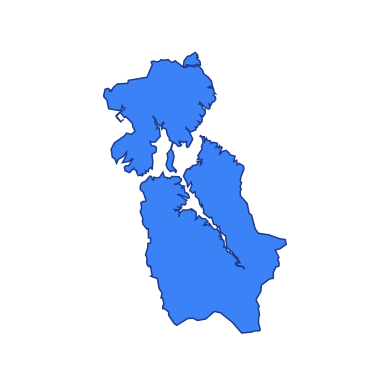 the district of Upper Harbour Local Board Area, New Zealand, rotated 118°
{"feature_id": "76426892B55565569034738", "entity_name": "Upper Harbour Local Board Area", "entity_type": "district", "adm_level": 2, "iso_a3": "NZL", "parent_name": "New Zealand", "parent_adm1": "", "projection": "albers", "projection_center": [174.657, -36.763], "detail": "fine", "context": "isolated", "style": "filled", "palette": "blue", "viewbox_px": 384, "rotation_deg": 118, "n_neighbors": 0, "source": "geoboundaries", "source_scale": "gbopen_adm2", "svg_char_len": 6085}
<svg xmlns="http://www.w3.org/2000/svg" viewBox="0 0 384 384"><g transform="rotate(118 192 192)"><path d="M145.7,169.5L140.3,170.7L141.3,176.5L140.2,177.3L139.2,181.5L142.0,184.3L144.0,184.7L146.3,185.6L138.5,186.3L138.5,188.7L139.9,188.9L138.6,189.5L140.4,190.0L141.5,191.9L138.5,191.5L137.1,192.7L138.4,197.1L140.0,197.9L138.2,200.1L139.2,202.6L137.8,204.6L141.1,204.5L137.4,207.0L138.4,208.8L138.3,211.1L139.0,211.1L139.1,208.8L142.3,205.7L147.8,204.9L148.8,203.3L157.2,203.9L157.9,202.3L160.8,202.4L158.6,198.1L160.6,198.3L161.6,196.8L163.8,197.3L161.6,198.0L161.0,199.3L162.9,201.6L163.2,200.3L165.8,200.6L168.6,204.1L169.7,203.7L171.3,205.0L172.4,204.1L173.4,206.6L175.1,207.5L182.0,207.0L186.4,200.4L189.5,198.3L183.7,197.2L186.1,195.3L191.7,194.7L192.6,190.8L190.2,189.4L194.2,186.9L195.0,182.8L199.2,179.3L200.6,176.9L198.1,177.8L198.5,176.7L202.6,173.1L205.2,172.1L206.7,164.1L204.9,163.0L210.3,157.8L209.7,155.3L211.2,152.7L209.5,152.0L214.0,147.8L215.0,141.8L224.8,135.0L226.0,128.5L228.7,123.1L228.6,121.4L232.2,116.5L233.6,119.6L235.2,119.0L235.3,115.5L234.3,114.3L234.1,111.0L235.1,109.7L235.4,109.9L234.5,110.9L234.4,113.7L235.8,115.8L235.9,118.8L234.7,120.1L232.0,118.8L230.6,119.8L227.9,127.5L228.1,129.4L226.9,130.7L228.4,132.1L224.6,137.1L225.5,138.4L223.7,138.5L219.7,141.4L220.2,144.7L218.6,143.9L217.8,145.3L218.9,147.8L216.9,145.6L212.7,152.3L214.7,154.6L212.9,159.5L213.5,161.0L212.0,160.7L211.7,161.8L213.9,164.1L215.2,163.5L214.4,164.4L216.8,166.6L214.9,165.5L213.6,166.1L210.7,163.7L209.4,167.8L210.7,170.7L209.7,174.8L213.1,175.1L214.4,175.5L214.6,175.7L214.9,176.0L212.2,176.4L207.8,179.0L207.4,182.2L208.8,183.9L207.2,183.2L207.0,184.4L210.4,187.8L211.9,191.4L216.6,192.9L220.3,192.0L215.1,193.9L215.2,197.0L216.3,197.5L215.8,199.3L213.8,195.0L211.8,193.8L210.5,194.0L211.6,195.0L212.0,196.3L211.8,196.9L211.4,195.1L208.0,195.4L206.7,192.1L205.3,191.8L203.1,193.4L201.7,192.8L201.6,197.5L200.3,200.1L201.1,201.9L200.9,204.1L199.9,200.3L199.6,193.0L198.4,191.6L196.2,193.6L195.3,195.9L195.7,198.0L191.9,201.0L193.0,202.6L190.5,201.6L191.5,204.6L190.7,205.9L191.1,208.0L193.8,211.2L189.3,207.3L186.9,206.7L185.4,207.5L185.6,209.2L184.6,210.6L187.8,217.1L190.3,217.5L190.1,218.8L191.6,219.8L190.9,220.6L191.8,223.4L188.2,226.9L194.0,227.5L195.5,228.7L197.0,232.8L199.2,231.4L199.9,232.1L197.4,235.2L197.8,236.7L204.2,238.1L207.4,240.6L211.2,240.5L214.2,238.7L215.1,234.8L220.9,228.8L222.6,229.1L223.3,230.8L225.5,232.1L229.6,229.1L233.7,228.5L238.8,222.5L240.5,222.5L243.5,220.1L245.9,214.5L244.8,213.4L253.0,208.9L251.9,207.1L256.6,204.7L258.1,206.8L262.2,204.9L269.4,203.5L271.0,201.0L275.9,198.7L277.8,196.7L276.9,195.8L278.2,194.8L277.1,193.7L284.2,188.2L285.7,188.9L284.6,182.0L292.6,175.8L295.3,171.0L300.1,169.6L299.2,168.3L304.5,164.0L306.3,164.3L308.8,163.0L307.9,161.9L308.8,156.4L311.9,154.6L316.6,145.8L316.8,142.8L305.6,136.3L302.9,131.6L302.9,126.9L297.7,120.3L287.0,116.2L285.2,110.1L288.1,95.1L293.2,81.9L287.5,73.4L284.7,70.9L283.4,67.8L281.6,67.0L276.5,71.7L271.3,74.4L269.1,74.5L263.4,79.0L261.3,79.0L257.5,84.4L255.9,85.0L247.6,84.5L241.6,87.0L232.5,82.8L230.0,79.7L224.8,82.5L218.9,82.7L216.7,80.5L214.0,81.6L210.9,84.8L209.0,84.5L204.1,91.4L200.9,87.7L194.0,84.2L190.2,87.3L192.1,92.6L193.8,104.2L197.3,114.1L194.8,119.0L184.5,128.5L184.0,131.5L176.2,137.9L172.6,147.6L168.4,149.8L166.3,149.8L165.2,151.8L160.4,152.7L159.8,154.4L156.0,155.9L147.7,156.8L144.9,158.6L144.6,163.7L146.7,164.8L143.0,167.4L145.7,169.5ZM142.1,317.0L148.4,315.2L149.6,314.1L150.8,310.2L157.6,304.7L154.1,294.1L151.0,292.8L147.9,294.8L149.7,293.1L149.6,291.2L148.6,291.1L150.9,290.6L154.9,292.9L160.1,294.9L161.1,294.2L161.8,292.8L163.2,288.8L163.7,287.0L160.6,294.4L155.3,292.8L158.0,286.6L156.8,286.0L156.9,284.4L159.4,276.8L162.0,275.1L165.1,270.8L169.6,272.7L170.7,277.4L174.4,278.1L185.0,283.6L192.2,283.5L198.7,278.7L198.9,275.6L202.1,272.1L197.7,272.4L192.9,269.3L187.7,268.4L191.0,267.2L198.8,267.2L194.5,261.9L190.9,260.7L190.6,259.7L198.9,260.3L199.5,262.4L201.9,263.4L204.6,261.1L204.2,256.2L198.1,254.6L199.3,253.5L199.1,250.7L200.2,250.6L202.8,247.2L200.9,244.9L201.9,244.3L200.2,244.5L201.0,242.7L199.4,244.2L196.8,241.4L195.0,243.2L194.7,240.3L191.3,240.9L189.3,239.5L190.4,239.1L190.4,237.9L183.8,240.7L177.6,245.0L173.6,242.6L169.8,244.1L168.9,245.5L169.9,249.9L167.0,252.9L167.1,251.2L165.0,247.8L157.8,246.2L151.2,250.7L150.7,251.9L152.5,253.0L150.2,253.1L148.9,256.6L144.9,259.3L143.4,262.7L144.4,259.4L148.3,254.3L147.9,252.6L148.9,251.5L147.3,250.2L144.3,250.4L143.9,249.4L149.1,249.4L150.7,248.2L148.9,247.7L148.7,244.2L153.5,240.1L154.7,237.5L156.9,236.3L156.9,232.5L164.7,230.9L169.9,232.0L173.3,229.2L180.1,227.7L182.7,224.8L184.1,220.6L181.4,218.3L182.3,215.5L180.5,215.8L178.4,221.9L169.2,224.4L165.1,228.2L164.2,230.4L157.0,232.1L157.0,227.8L158.1,226.6L157.6,224.4L155.5,223.2L154.8,225.6L152.5,227.7L154.0,225.2L151.9,224.9L152.5,222.8L150.0,220.7L154.5,218.2L154.7,216.8L152.8,216.1L144.9,216.2L139.3,223.8L138.9,227.2L137.9,227.4L139.8,221.5L135.5,217.9L134.0,218.1L133.1,219.5L132.2,217.7L130.1,218.1L127.9,216.6L126.8,219.5L126.4,216.9L125.4,216.1L121.9,217.8L120.2,220.7L120.2,217.6L116.7,217.2L113.2,218.9L113.5,221.1L110.3,225.3L111.1,226.9L109.1,227.2L111.3,219.5L110.9,216.1L109.4,215.5L106.4,218.1L106.8,216.1L102.7,216.2L101.8,214.9L99.1,214.6L97.2,215.9L96.3,218.7L94.3,218.6L94.2,217.6L93.1,219.8L90.4,221.8L92.2,226.8L90.4,225.9L90.9,225.4L89.4,223.2L84.9,227.0L82.9,231.8L82.2,237.0L79.8,239.6L78.1,243.4L77.7,246.1L80.4,248.5L80.8,251.4L82.8,254.9L85.6,256.6L85.7,258.2L83.8,255.9L82.4,256.7L79.9,250.2L77.0,247.7L76.1,244.1L73.1,246.1L71.5,250.8L70.2,249.8L69.4,251.6L68.5,251.2L67.2,254.6L73.2,258.0L74.3,259.7L79.9,260.6L85.8,258.4L84.1,268.6L86.5,269.8L87.1,272.1L86.3,275.1L89.3,279.4L89.7,281.5L92.0,282.2L94.1,284.9L94.3,287.3L96.2,289.2L98.3,286.8L111.8,285.6L123.3,300.6L126.2,299.7L131.5,308.5L136.7,310.6L140.6,310.6L140.0,311.3L141.5,312.1L140.2,312.8L139.9,314.7L142.1,317.0ZM162.4,287.5L160.9,286.9L160.5,286.2L160.9,287.0L162.4,287.5Z" fill="#3b82f6" stroke="#1e3a8a" stroke-width="1.5"/></g></svg>